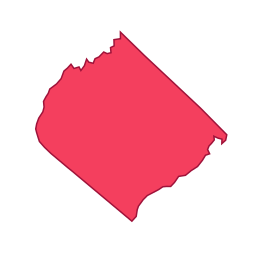 the district of Ibema, Paraná, Brazil, rotated 216°
{"feature_id": "56859067B69632194829853", "entity_name": "Ibema", "entity_type": "district", "adm_level": 2, "iso_a3": "BRA", "parent_name": "Brazil", "parent_adm1": "Paraná", "projection": "robinson", "projection_center": [-53.02, -25.153], "detail": "fine", "context": "isolated", "style": "filled", "palette": "rose", "viewbox_px": 256, "rotation_deg": 216, "n_neighbors": 0, "source": "geoboundaries", "source_scale": "gbopen_adm2", "svg_char_len": 948}
<svg xmlns="http://www.w3.org/2000/svg" viewBox="0 0 256 256"><g transform="rotate(216 128 128)"><path d="M70.1,54.9L69.4,61.3L72.5,67.3L73.6,70.9L73.6,78.9L72.7,84.7L67.0,96.2L65.3,100.9L62.7,103.2L59.1,105.8L58.4,111.2L58.6,118.6L53.7,123.5L51.9,130.5L49.1,137.7L48.8,145.6L49.3,151.5L46.8,155.1L51.0,157.4L51.9,161.1L51.4,164.7L51.2,169.1L53.7,171.8L49.3,172.7L45.4,174.2L42.9,170.5L41.8,175.5L44.1,180.6L81.1,186.7L157.5,196.3L190.5,201.1L186.6,195.8L191.3,191.2L187.5,186.3L189.4,182.8L186.0,178.9L188.6,175.9L192.3,175.2L193.3,168.4L195.4,164.7L194.2,159.9L198.4,158.2L202.0,159.4L199.9,152.8L199.9,146.8L203.5,148.6L206.7,144.4L211.6,146.1L212.2,140.9L213.3,136.4L211.1,128.7L211.7,121.6L214.2,113.6L212.9,109.2L212.7,105.0L212.0,99.9L208.2,95.6L206.4,91.1L206.0,83.5L204.3,77.6L202.1,73.0L199.5,70.8L195.4,67.7L191.7,65.0L184.1,63.3L175.3,62.1L152.7,60.5L148.5,60.3L70.1,54.9Z" fill="#f43f5e" stroke="#9f1239" stroke-width="1.5"/></g></svg>